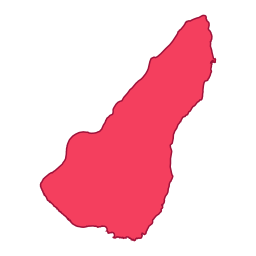 outline of Atauro, Dili, East Timor
{"feature_id": "22284137B11289182458696", "entity_name": "Atauro", "entity_type": "district", "adm_level": 2, "iso_a3": "TLS", "parent_name": "East Timor", "parent_adm1": "Dili", "projection": "albers", "projection_center": [125.573, -8.218], "detail": "fine", "context": "isolated", "style": "filled", "palette": "rose", "viewbox_px": 256, "rotation_deg": 0, "n_neighbors": 0, "source": "geoboundaries", "source_scale": "gbopen_adm2", "svg_char_len": 5766}
<svg xmlns="http://www.w3.org/2000/svg" viewBox="0 0 256 256"><path d="M203.3,15.4L202.4,15.6L198.8,17.6L197.0,18.0L194.0,19.1L191.7,20.1L190.4,20.9L189.7,21.0L189.2,20.8L187.8,21.1L186.8,21.9L186.4,21.6L185.9,22.3L185.4,22.8L185.3,23.5L184.6,24.4L184.1,25.4L181.1,29.1L180.3,29.8L179.5,30.2L179.3,30.8L178.1,31.8L177.6,33.6L176.9,34.8L172.7,41.2L169.8,44.8L165.9,48.5L160.8,53.8L157.9,56.3L156.5,57.2L155.2,57.6L154.3,57.2L153.9,57.2L151.2,58.5L150.8,59.3L149.9,61.7L148.3,68.7L147.3,71.0L145.7,73.8L142.7,77.6L141.2,79.1L138.2,81.2L137.8,81.7L136.1,83.2L132.1,88.0L130.0,89.7L127.6,93.1L123.8,97.4L122.0,100.6L121.4,100.9L119.8,101.4L118.0,102.3L116.1,104.2L114.1,107.4L113.2,109.2L113.1,110.2L113.2,111.9L112.8,113.7L112.5,114.2L112.0,114.6L111.3,114.8L109.8,115.6L108.3,117.3L107.8,117.5L106.9,118.3L106.4,119.6L105.8,120.4L105.2,122.4L103.4,125.2L101.6,129.4L100.6,130.2L100.1,130.9L99.4,131.5L98.0,131.9L97.1,132.4L95.6,132.9L93.5,133.2L91.2,133.3L89.1,133.0L87.8,132.2L87.1,132.3L83.3,131.9L79.9,132.4L78.8,132.7L75.8,134.1L73.0,135.9L71.7,137.2L69.6,139.6L68.8,141.2L67.6,144.1L67.3,145.4L67.1,145.8L67.2,146.1L66.6,148.5L66.5,151.2L66.3,151.8L66.4,152.5L66.3,154.3L65.6,158.7L64.6,160.7L63.1,162.7L62.3,164.2L55.1,170.6L53.3,171.7L53.0,172.2L52.2,172.7L52.1,172.8L51.9,172.6L50.9,172.9L50.8,173.1L49.4,173.8L44.6,177.8L43.8,178.7L43.5,178.8L41.6,182.4L41.0,182.9L40.5,184.7L40.7,185.6L40.5,186.0L41.3,188.3L41.8,189.1L42.2,190.4L42.8,191.0L42.8,191.7L43.1,192.1L43.3,192.9L43.5,193.2L44.1,193.5L44.1,193.8L43.9,193.9L44.0,194.6L44.3,194.6L44.7,195.0L44.6,195.3L45.3,195.8L46.3,197.1L47.5,200.1L48.9,201.0L49.3,201.5L49.4,201.3L49.9,201.4L50.0,201.9L50.6,202.3L50.5,202.5L51.2,202.8L53.3,204.8L53.6,205.4L53.6,205.6L54.1,205.9L54.2,206.3L55.1,206.6L55.6,207.1L56.5,207.6L56.4,207.8L57.0,208.3L57.0,208.5L57.2,208.4L58.0,209.4L58.2,209.5L58.7,210.2L58.6,210.3L59.4,211.1L59.3,211.3L59.7,211.5L60.0,211.5L60.4,211.8L60.4,212.0L60.7,212.2L60.8,212.1L60.9,212.4L61.5,212.8L61.6,213.1L61.9,213.4L63.0,214.1L64.0,215.2L64.4,215.3L65.5,216.4L65.8,216.4L67.0,218.0L67.7,218.4L67.4,218.5L67.7,219.1L68.4,219.7L68.6,219.6L68.8,220.1L69.2,220.3L70.1,220.2L70.3,220.5L70.2,220.9L70.4,220.9L70.5,221.3L70.8,221.4L71.0,222.2L72.4,223.5L72.5,223.8L73.6,224.3L74.0,224.7L75.8,225.6L75.9,225.8L77.7,226.4L79.8,226.7L81.0,227.0L83.2,227.2L85.0,227.0L86.2,226.7L86.5,226.4L86.7,226.6L88.6,226.1L89.6,226.1L93.2,225.9L94.3,226.2L94.8,226.2L95.1,226.3L95.8,226.1L96.0,226.3L97.4,226.7L97.6,227.1L97.9,227.2L98.5,227.0L98.9,226.7L100.3,226.8L101.7,226.1L101.9,226.1L101.8,226.3L103.5,226.2L104.6,226.3L105.6,226.7L105.6,226.8L106.2,227.3L107.0,228.5L107.1,229.9L107.0,230.2L107.2,230.9L107.0,231.0L107.4,231.1L107.5,231.4L107.9,231.7L107.8,232.2L108.3,232.7L108.3,233.1L109.0,233.1L109.9,232.7L111.3,232.7L111.8,232.3L113.2,232.7L113.7,233.1L114.3,234.0L114.5,236.0L114.0,237.3L113.9,237.4L113.7,237.2L113.3,237.2L113.2,237.4L113.4,237.6L114.5,237.9L115.5,237.9L115.9,237.7L116.1,237.2L117.1,236.9L117.2,237.1L117.8,237.1L118.1,237.0L118.4,237.1L119.0,237.1L119.4,237.4L119.5,237.7L120.0,237.8L120.4,237.4L121.5,237.6L121.9,237.9L122.3,237.4L123.0,237.5L123.3,237.6L123.3,238.1L123.7,238.3L124.1,237.9L125.9,238.0L125.8,237.5L126.4,237.0L127.8,237.0L128.3,237.1L128.9,237.5L129.3,237.9L129.4,238.2L130.0,238.1L130.9,238.6L131.2,239.1L131.2,239.5L132.3,239.5L132.2,239.6L132.4,239.7L132.4,240.0L133.1,239.7L133.3,240.0L133.8,240.0L134.0,240.5L134.5,240.6L135.4,240.0L135.6,239.1L136.6,238.2L136.9,238.2L137.2,238.6L138.4,238.1L140.1,238.2L141.1,238.0L141.5,237.5L142.1,236.0L142.2,235.8L141.6,234.4L142.0,234.0L142.2,233.2L142.7,233.3L143.2,233.7L143.3,234.0L143.6,234.0L144.4,234.5L145.6,233.8L145.9,233.3L146.1,232.6L146.0,232.2L146.3,231.7L146.3,231.3L146.9,230.5L147.5,228.9L148.2,227.8L148.9,226.2L152.1,223.6L152.6,222.4L152.6,220.2L152.9,219.7L153.6,219.1L154.0,218.4L155.9,216.1L157.4,214.9L158.6,214.2L160.3,212.2L161.0,211.7L161.3,210.9L161.1,209.2L162.3,208.1L162.7,207.2L162.3,205.9L162.5,205.7L162.0,205.4L161.8,205.0L162.1,204.5L162.9,204.3L163.7,203.3L164.2,202.2L164.3,201.2L164.5,200.8L164.2,199.9L164.7,198.0L165.4,196.2L167.1,193.9L167.9,192.0L168.3,188.7L169.1,186.3L169.3,184.1L169.7,182.9L170.0,182.1L171.0,181.1L171.2,180.2L172.0,178.8L172.8,176.4L172.7,175.9L172.2,175.3L171.6,173.5L170.2,166.8L170.5,163.4L170.5,158.6L171.7,151.6L171.5,150.4L170.5,147.5L170.2,145.3L170.4,144.9L172.2,143.2L173.2,138.4L173.4,134.9L173.7,133.7L174.0,133.3L174.7,131.2L176.7,128.2L178.0,124.6L179.4,123.0L180.1,121.8L180.6,121.7L181.3,119.9L182.7,117.3L184.5,116.5L185.1,116.4L185.7,115.5L186.6,114.9L187.5,114.7L188.9,111.7L190.1,111.1L191.2,109.4L191.8,108.0L192.2,107.8L192.9,106.6L193.1,106.4L193.8,106.2L195.0,105.3L197.4,102.1L198.7,101.5L199.9,99.9L200.5,99.8L200.8,100.0L201.0,100.0L202.1,98.8L202.0,98.4L202.5,96.5L202.6,93.9L203.0,91.9L202.9,90.3L203.1,88.3L203.5,85.0L204.1,82.5L205.0,81.1L205.5,80.9L206.3,80.8L207.6,80.3L208.1,79.1L209.1,77.8L209.3,77.1L210.1,75.5L210.8,72.9L211.4,71.9L211.4,71.1L210.9,69.7L210.8,69.0L211.4,66.4L211.4,64.9L211.9,64.2L211.9,63.8L211.7,63.2L211.4,62.7L211.2,62.8L211.3,63.1L210.9,63.1L210.8,62.3L211.4,61.7L211.5,61.9L211.2,62.4L211.8,62.3L211.6,61.8L211.9,61.6L212.0,61.2L212.4,60.5L212.9,60.7L212.5,61.2L212.9,61.1L212.8,61.5L213.1,61.5L213.2,62.1L213.4,62.1L213.6,61.9L214.1,62.2L214.6,62.2L214.8,62.4L215.3,62.1L215.2,60.6L215.5,59.8L215.1,58.8L214.8,59.0L214.1,58.9L213.7,58.7L213.4,58.1L212.0,52.4L211.6,50.1L210.4,46.2L210.6,43.5L210.4,41.7L210.9,41.5L211.3,39.8L211.7,39.2L211.9,36.4L211.5,34.6L211.1,33.9L210.9,32.7L209.8,30.8L208.8,29.9L208.3,28.9L209.1,25.4L209.0,23.2L208.6,22.4L206.6,20.4L206.7,19.8L206.0,18.5L206.2,17.5L205.9,16.3L205.0,15.6L203.3,15.4Z" fill="#f43f5e" stroke="#9f1239" stroke-width="1.5"/></svg>